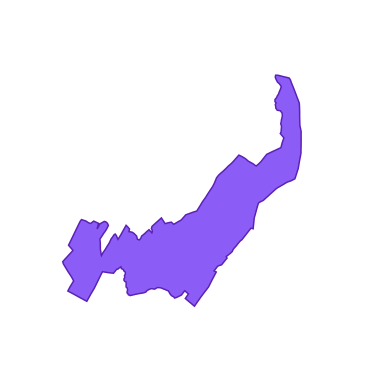 Subukia, Rift Valley, Kenya, rotated 29°
{"feature_id": "3690345B83042019153785", "entity_name": "Subukia", "entity_type": "district", "adm_level": 2, "iso_a3": "KEN", "parent_name": "Kenya", "parent_adm1": "Rift Valley", "projection": "robinson", "projection_center": [36.175, 0.026], "detail": "fine", "context": "isolated", "style": "filled", "palette": "violet", "viewbox_px": 384, "rotation_deg": 29, "n_neighbors": 0, "source": "geoboundaries", "source_scale": "gbopen_adm2", "svg_char_len": 4471}
<svg xmlns="http://www.w3.org/2000/svg" viewBox="0 0 384 384"><g transform="rotate(29 192 192)"><path d="M228.2,293.2L229.6,291.7L232.7,287.3L233.5,281.9L238.3,282.9L237.8,288.4L247.5,290.3L249.5,290.7L250.6,280.1L251.4,274.1L252.5,267.1L252.2,260.2L252.0,250.2L249.5,250.3L250.5,244.3L251.4,243.2L253.2,241.3L253.5,239.6L253.9,237.2L254.4,234.3L254.6,233.6L254.7,232.8L253.2,231.8L254.3,229.4L255.2,227.2L255.4,226.6L255.6,226.0L256.1,224.5L255.9,223.5L255.9,222.5L256.0,221.1L256.4,219.5L256.9,217.2L257.0,216.7L257.1,215.9L257.2,215.1L257.5,213.4L257.7,212.7L257.9,211.8L258.0,211.2L258.2,210.6L258.5,210.2L258.8,209.5L261.1,195.1L263.3,194.5L259.4,185.4L259.1,184.9L259.0,184.3L258.7,183.3L258.5,182.2L258.3,181.5L258.0,180.1L257.8,179.5L257.6,178.6L256.8,175.4L255.9,171.5L255.6,169.8L255.7,168.9L256.0,168.4L257.2,166.5L258.3,165.0L258.7,164.0L259.3,162.2L262.7,152.2L263.6,149.6L263.8,149.0L264.1,148.3L264.3,147.7L264.7,147.0L265.0,146.3L265.4,145.8L270.5,137.2L273.2,134.2L275.6,130.6L275.2,128.4L274.6,125.5L274.4,124.3L274.2,123.5L273.7,120.9L273.6,120.2L270.9,112.5L268.9,106.4L268.4,105.2L268.2,104.6L267.9,104.1L267.4,103.3L267.1,102.7L265.5,99.6L263.7,96.3L263.3,95.5L260.7,90.9L258.0,86.0L257.1,85.0L256.7,84.5L256.3,84.0L255.4,83.0L254.7,82.2L254.1,81.4L252.9,79.5L252.1,78.1L249.8,74.2L247.4,69.9L246.0,67.5L244.7,65.3L242.7,62.2L239.9,59.8L238.5,58.7L236.2,56.7L234.2,55.0L230.4,51.8L227.4,49.4L226.0,48.3L223.9,46.4L221.8,45.2L219.0,45.9L217.5,46.4L215.2,47.0L212.1,47.8L210.3,48.3L208.5,49.3L208.8,50.4L209.5,51.6L211.6,53.2L213.6,54.5L215.7,54.9L217.3,55.6L219.0,56.6L219.5,59.2L219.8,62.4L220.2,64.4L220.0,66.3L220.2,68.7L219.7,70.8L220.8,72.8L222.4,73.3L222.4,75.1L223.9,76.8L224.5,77.9L226.6,79.1L227.3,79.0L228.0,78.8L229.9,78.1L232.6,79.4L234.1,81.6L234.7,83.5L235.2,85.5L236.0,87.4L236.5,89.3L237.9,90.6L238.5,91.2L238.8,91.9L239.9,94.4L240.8,96.3L240.9,98.1L246.1,100.1L246.7,103.6L247.1,105.6L248.2,109.9L248.0,110.5L247.6,111.0L243.5,116.6L239.1,122.8L238.5,126.3L238.0,129.5L237.6,131.9L236.9,134.4L236.3,136.2L235.6,138.0L234.1,138.1L231.6,137.7L228.8,137.7L226.3,137.7L222.4,136.9L218.1,136.8L215.1,137.0L214.1,141.6L213.7,143.6L212.6,147.9L211.1,152.0L210.3,155.0L209.0,159.1L208.1,161.4L207.1,164.4L206.6,167.7L207.2,172.8L207.3,173.8L207.4,177.3L207.0,182.1L206.7,186.3L206.5,190.3L206.0,194.5L205.8,197.1L205.8,198.8L205.4,206.3L202.9,208.9L201.6,210.4L197.6,215.0L196.9,218.3L196.1,221.8L194.4,224.5L191.7,229.1L188.5,228.4L186.4,230.2L185.2,231.3L183.8,232.7L177.8,229.5L173.7,241.4L174.2,243.7L175.4,244.5L176.5,245.8L176.7,247.2L172.7,245.8L171.7,248.3L171.0,250.6L170.2,252.8L169.3,254.9L169.6,256.9L169.3,259.4L167.2,259.8L164.9,257.4L163.0,256.8L161.1,256.3L159.0,256.2L156.1,257.2L155.3,254.7L152.8,253.7L150.5,253.1L150.5,258.2L150.5,264.3L150.2,269.3L148.8,268.3L147.2,266.9L145.2,266.0L144.5,267.3L144.4,269.5L144.0,272.2L144.3,276.0L144.3,277.5L144.1,280.2L144.0,283.8L143.8,286.2L143.5,288.5L143.7,289.7L143.6,291.5L142.7,290.6L141.4,288.7L139.6,286.5L138.8,285.0L137.7,283.2L136.7,281.3L135.7,279.9L134.3,277.8L134.6,274.4L134.8,271.2L135.1,268.8L135.3,266.1L135.1,261.8L133.1,260.3L131.3,259.9L129.6,260.2L126.9,264.5L126.9,270.4L125.5,264.7L120.1,265.1L118.7,268.6L116.9,269.0L115.5,269.0L113.2,268.8L110.4,269.4L108.7,269.7L108.4,272.0L108.7,278.2L109.2,286.8L109.6,294.0L109.8,298.4L116.2,300.8L115.5,303.9L114.8,306.6L114.3,308.9L113.5,312.1L112.7,315.6L114.3,317.2L118.4,319.6L122.8,322.1L126.9,324.2L129.6,325.8L131.6,327.2L131.5,329.1L131.3,334.3L131.4,338.8L138.4,338.7L146.0,338.7L153.0,338.6L153.0,330.6L153.2,323.2L153.0,318.9L152.6,311.6L152.4,307.4L152.4,305.1L158.2,303.0L162.7,301.1L163.6,296.1L164.7,295.2L164.8,294.5L166.1,291.9L166.4,292.2L167.4,293.3L168.0,293.2L168.4,293.2L169.6,293.1L170.1,293.6L170.5,294.0L171.6,294.2L172.4,294.3L173.6,296.3L173.4,297.7L174.6,299.4L174.6,301.0L175.4,302.3L176.7,302.8L178.0,302.7L178.7,303.8L179.3,305.0L179.7,305.8L180.5,307.1L181.8,307.4L183.2,308.9L183.3,309.8L184.0,311.6L184.6,311.9L185.1,312.0L186.3,312.8L187.0,312.5L188.1,312.6L192.6,308.5L196.1,305.6L197.9,304.2L198.3,303.9L198.8,303.4L199.6,302.5L200.2,301.7L200.4,300.3L201.3,298.6L202.8,296.7L203.4,296.2L204.0,295.9L205.1,295.6L206.5,295.0L207.0,294.2L207.9,292.5L209.8,291.5L211.8,290.8L213.4,290.7L214.9,290.5L215.7,290.3L217.7,290.2L218.5,290.1L219.2,289.9L220.8,290.9L222.1,291.7L223.7,292.4L225.2,292.7L226.7,292.5L228.2,293.2Z" fill="#8b5cf6" stroke="#5b21b6" stroke-width="1.5"/></g></svg>